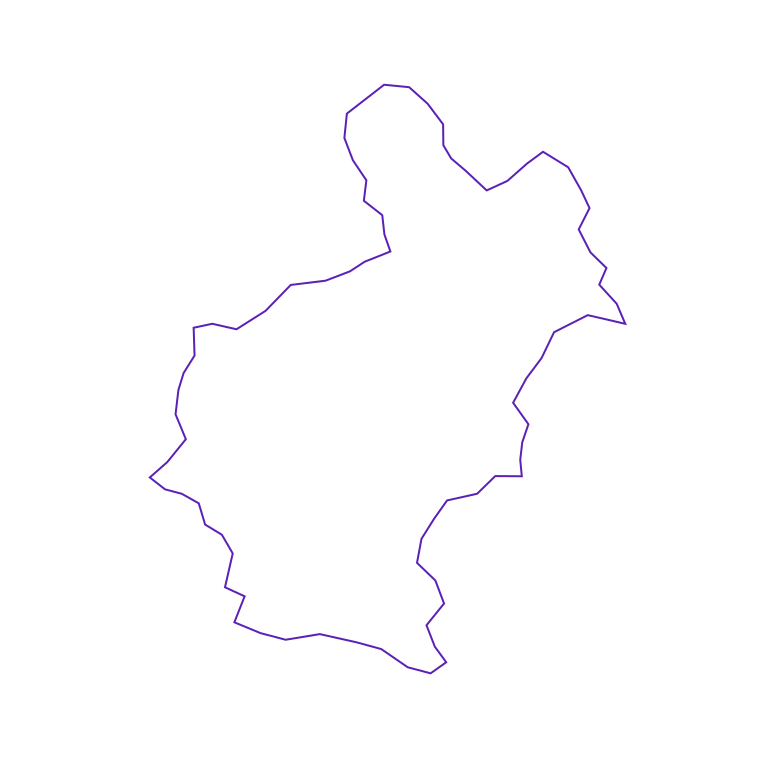 outline of Lindóia, São Paulo, Brazil, rotated 78°
{"feature_id": "56859067B84014914436539", "entity_name": "Lindóia", "entity_type": "district", "adm_level": 2, "iso_a3": "BRA", "parent_name": "Brazil", "parent_adm1": "São Paulo", "projection": "natural_earth1", "projection_center": [-46.656, -22.513], "detail": "fine", "context": "isolated", "style": "outline", "palette": "violet", "viewbox_px": 768, "rotation_deg": 78, "n_neighbors": 0, "source": "geoboundaries", "source_scale": "gbopen_adm2", "svg_char_len": 1123}
<svg xmlns="http://www.w3.org/2000/svg" viewBox="0 0 768 768"><g transform="rotate(78 384 384)"><path d="M375.3,135.5L353.9,139.7L331.6,152.8L316.8,142.3L298.2,154.7L273.3,161.4L254.7,146.4L235.5,150.9L210.3,158.8L189.9,180.2L198.1,198.2L211.0,221.1L216.0,243.3L192.4,259.8L177.3,271.4L162.8,276.3L142.3,272.2L119.0,283.0L98.9,297.7L91.3,321.7L111.8,364.1L135.1,371.6L158.7,367.9L181.1,358.9L200.6,365.6L218.5,350.6L237.8,352.5L255.7,350.2L260.4,377.6L266.7,393.8L270.8,419.7L267.7,454.6L287.8,484.6L299.8,516.9L289.4,539.4L289.4,558.5L316.8,563.4L331.6,577.7L347.0,586.3L370.3,594.2L396.8,589.3L415.3,612.2L426.7,632.5L441.5,620.1L449.3,604.7L462.2,590.0L484.3,588.2L497.8,573.9L518.3,567.2L549.8,581.8L562.7,564.5L586.0,579.9L602.0,556.6L613.7,533.4L615.3,498.8L630.7,465.1L642.7,441.8L666.0,419.7L676.7,398.6L669.1,381.0L651.5,388.9L628.8,392.6L611.2,370.9L586.9,374.6L565.8,388.9L543.2,379.5L526.2,363.0L511.0,346.5L510.7,315.7L497.2,294.3L502.9,268.4L486.5,266.5L469.8,260.9L453.4,251.1L429.2,261.6L408.1,243.6L391.4,224.5L368.7,206.9L359.0,170.4L375.3,135.5Z" fill="none" stroke="#5b21b6" stroke-width="2"/></g></svg>